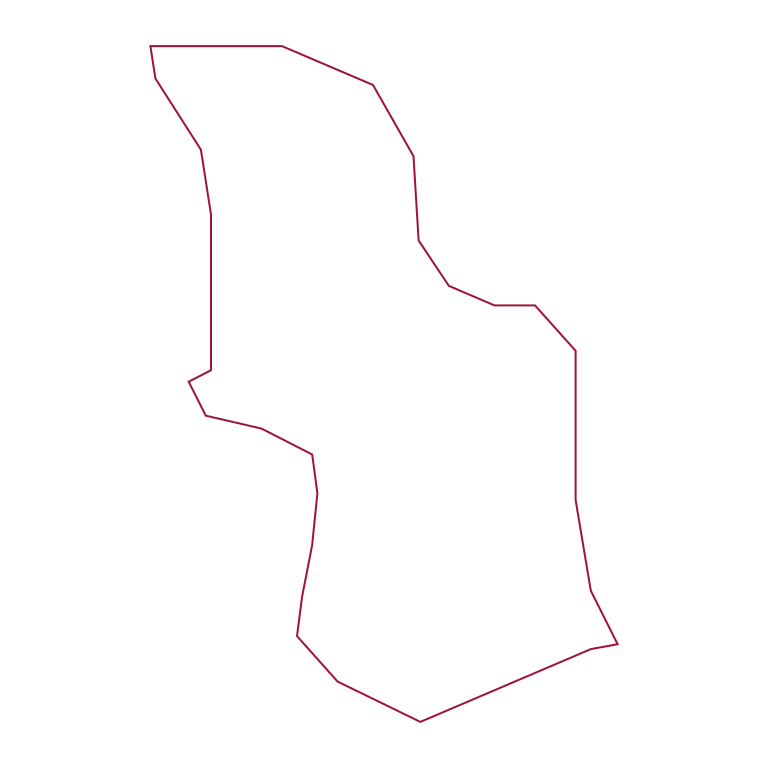 Torfaen, Natural Earth projection
{"feature_id": "GBR-2134", "entity_name": "Torfaen", "entity_type": "Unitary Authority (wales)", "adm_level": 1, "iso_a3": "GBR", "parent_name": "United Kingdom", "parent_adm1": "", "projection": "natural_earth1", "projection_center": [-3.053, 51.7], "detail": "fine", "context": "isolated", "style": "outline", "palette": "rose", "viewbox_px": 768, "rotation_deg": 0, "n_neighbors": 0, "source": "natural_earth", "source_scale": "10m", "svg_char_len": 494}
<svg xmlns="http://www.w3.org/2000/svg" viewBox="0 0 768 768"><path d="M420.3,721.9L337.6,681.6L297.0,636.1L302.0,597.2L312.1,545.4L317.4,493.4L312.2,454.5L261.5,428.6L205.8,415.7L188.7,381.7L211.0,370.2L211.0,292.4L211.0,214.6L200.9,149.7L155.4,78.5L150.4,46.1L216.0,46.1L281.9,46.1L373.0,85.0L413.5,156.2L418.6,240.5L448.9,285.9L494.4,305.4L535.0,305.4L575.6,350.8L575.6,402.6L575.6,499.9L590.8,590.7L617.6,644.2L590.8,649.1L420.3,721.9Z" fill="none" stroke="#9f1239" stroke-width="2"/></svg>